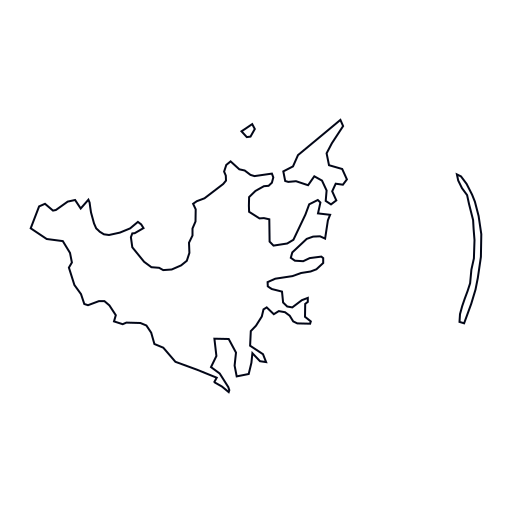 St. Bernard, Louisiana, United States of America (Equal Earth projection)
{"feature_id": "52423323B38935818871161", "entity_name": "St. Bernard", "entity_type": "district", "adm_level": 2, "iso_a3": "USA", "parent_name": "United States of America", "parent_adm1": "Louisiana", "projection": "equal_earth", "projection_center": [-89.414, 29.891], "detail": "fine", "context": "isolated", "style": "outline", "palette": "ink", "viewbox_px": 512, "rotation_deg": 0, "n_neighbors": 0, "source": "geoboundaries", "source_scale": "gbopen_adm2", "svg_char_len": 2827}
<svg xmlns="http://www.w3.org/2000/svg" viewBox="0 0 512 512"><path d="M89.6,202.6L88.4,199.7L80.7,208.5L75.1,200.0L67.7,201.6L55.9,210.0L53.0,210.6L45.0,203.8L39.1,206.4L30.7,228.3L46.7,239.0L62.8,241.1L70.0,252.9L71.9,262.5L68.9,267.6L74.4,285.0L81.0,294.1L84.3,304.0L88.0,305.2L99.0,301.1L104.4,301.1L109.4,305.4L115.8,315.2L114.0,321.4L122.7,324.2L126.4,322.6L140.4,323.0L146.4,325.5L151.2,332.7L154.4,344.0L163.3,347.7L175.4,361.8L197.0,369.7L216.7,377.7L214.4,381.9L215.0,382.6L221.9,386.5L228.7,392.1L228.8,391.8L229.3,390.1L228.3,387.1L219.7,373.5L211.0,367.1L216.4,356.0L214.4,338.7L228.7,339.0L236.0,352.6L234.6,365.6L236.7,376.4L248.7,374.0L251.4,362.8L252.4,353.2L260.0,361.2L266.1,362.1L263.0,354.2L250.1,345.7L250.8,331.1L256.0,325.7L261.8,316.5L263.5,309.4L266.7,307.4L273.8,314.2L278.8,311.1L285.0,312.2L289.7,315.7L293.2,321.4L297.3,323.4L310.1,323.7L310.8,321.4L305.0,316.8L305.2,303.9L307.8,301.9L307.8,297.9L301.8,300.2L292.3,307.4L287.2,306.5L283.1,302.5L282.0,291.6L271.7,289.0L267.8,286.4L267.6,282.1L275.3,278.7L292.5,276.1L301.1,273.0L310.6,271.5L316.4,269.3L323.2,263.0L323.2,258.1L321.3,256.6L309.7,258.1L303.2,261.2L294.9,260.7L290.8,257.8L292.3,252.4L306.7,238.9L313.1,236.6L320.0,236.3L325.1,238.6L327.9,220.3L330.1,214.8L318.0,213.4L320.4,202.5L317.8,200.0L309.2,204.3L305.4,214.6L293.4,239.8L287.2,243.5L273.5,245.6L269.6,241.6L269.3,219.3L263.9,218.1L259.5,218.4L249.1,211.8L248.9,205.6L249.1,197.1L252.9,193.4L255.5,190.9L263.9,186.2L268.6,185.8L271.9,182.7L273.3,177.4L271.9,173.6L254.5,176.1L250.5,174.9L244.7,170.5L239.3,169.3L230.6,161.4L226.3,164.9L224.1,171.6L225.8,175.6L226.0,180.6L223.2,184.0L204.5,198.3L196.8,201.2L193.1,203.8L195.7,209.3L195.5,221.5L192.5,228.5L192.5,235.5L189.0,242.7L189.4,252.9L186.8,260.8L181.1,265.4L171.7,269.5L163.2,270.1L159.1,267.8L151.4,267.2L144.1,261.8L132.3,247.3L130.9,237.2L132.3,233.4L134.7,233.2L143.5,228.1L141.2,224.4L137.9,221.9L130.1,228.4L119.9,232.6L109.0,235.0L103.9,234.3L99.7,231.7L98.4,230.4L96.2,228.4L94.0,223.4L91.0,212.4L90.1,206.4L89.6,202.6ZM283.3,171.4L285.2,181.0L288.3,181.9L296.0,181.2L306.2,184.6L308.1,185.2L314.3,176.3L322.0,180.6L326.6,190.5L325.7,200.9L331.0,204.4L336.3,200.4L332.2,191.3L335.7,183.7L342.9,184.7L346.9,179.4L342.2,169.0L329.0,165.2L326.6,153.3L331.9,143.2L343.1,126.1L340.4,119.9L324.3,133.3L298.0,155.1L293.0,166.4L283.3,171.4ZM456.9,174.4L458.2,180.5L462.0,188.2L467.1,195.1L469.0,203.9L473.1,220.1L473.6,228.9L474.5,240.1L473.9,258.4L471.4,269.6L470.1,283.3L467.6,291.0L464.7,298.8L462.2,306.1L460.0,314.1L459.5,321.9L464.1,323.3L471.2,303.9L475.5,289.6L477.8,278.0L480.9,256.9L481.3,234.2L478.6,216.0L474.9,201.7L472.1,194.7L466.6,183.9L461.0,176.4L456.9,174.4ZM245.6,128.6L241.5,131.3L246.8,137.1L250.5,136.6L254.8,129.0L252.2,124.1L245.6,128.6Z" fill="none" stroke="#020617" stroke-width="2"/></svg>